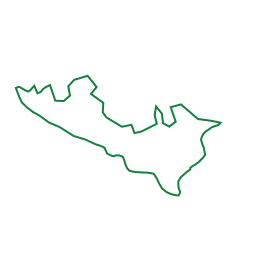 outline of Akkurgan, Tashkent, Uzbekistan, rotated 246°
{"feature_id": "79887680B10165721529704", "entity_name": "Akkurgan", "entity_type": "district", "adm_level": 2, "iso_a3": "UZB", "parent_name": "Uzbekistan", "parent_adm1": "Tashkent", "projection": "albers", "projection_center": [69.03, 40.803], "detail": "fine", "context": "isolated", "style": "outline", "palette": "green", "viewbox_px": 256, "rotation_deg": 246, "n_neighbors": 0, "source": "geoboundaries", "source_scale": "gbopen_adm2", "svg_char_len": 1380}
<svg xmlns="http://www.w3.org/2000/svg" viewBox="0 0 256 256"><g transform="rotate(246 128 128)"><path d="M165.1,58.1L156.7,65.9L142.8,75.1L134.5,84.7L126.7,91.4L123.0,95.5L119.6,98.5L113.2,98.5L109.5,101.6L108.0,103.3L107.9,105.8L106.6,108.9L103.6,111.6L99.8,111.4L95.5,110.8L91.3,110.9L88.4,111.9L86.5,114.3L84.5,117.4L81.4,123.3L79.0,128.2L75.9,132.7L73.7,133.3L69.8,133.8L64.8,133.8L58.8,134.6L53.7,137.2L50.7,139.9L48.0,143.0L45.8,146.8L48.1,149.6L52.3,149.8L55.3,150.7L58.7,152.2L61.6,156.3L62.5,159.3L64.0,164.0L64.7,167.8L66.4,169.0L67.1,172.4L67.2,174.6L68.3,179.5L69.1,181.1L70.2,184.1L72.2,187.7L74.8,188.1L77.4,188.9L79.2,189.2L84.6,189.5L87.5,189.9L89.4,191.3L91.4,193.7L93.2,197.3L93.4,198.7L93.9,201.8L94.4,204.0L94.6,204.9L94.0,212.0L95.2,214.7L101.1,206.4L107.7,195.6L128.0,186.0L129.6,175.5L114.3,174.1L112.5,166.2L118.2,162.0L127.4,164.8L136.3,162.4L128.8,157.6L120.1,156.0L119.3,138.6L120.7,131.9L129.5,132.4L131.6,123.0L146.4,112.6L152.6,111.3L161.1,115.7L174.2,108.0L178.2,116.0L192.1,112.3L193.9,98.4L190.4,90.4L181.2,88.2L178.8,80.3L182.5,72.7L199.0,74.2L198.8,69.9L198.3,66.7L196.7,63.4L196.4,62.6L196.5,61.2L196.5,59.4L203.6,59.5L204.7,59.5L202.2,54.0L201.9,51.5L203.0,50.8L204.5,49.1L205.6,48.5L207.5,47.1L210.1,45.1L210.2,41.8L200.1,41.3L194.7,41.4L188.3,43.9L181.1,47.8L176.1,51.7L165.1,58.1Z" fill="none" stroke="#15803d" stroke-width="2"/></g></svg>